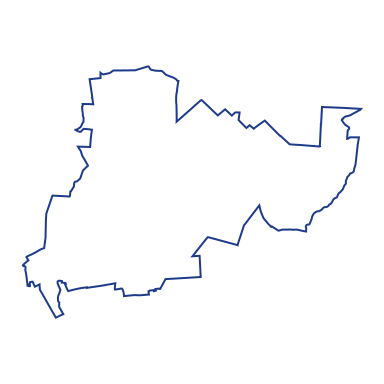 outline of Cobadin, Constanta, Romania
{"feature_id": "2599482B18886036836005", "entity_name": "Cobadin", "entity_type": "district", "adm_level": 2, "iso_a3": "ROU", "parent_name": "Romania", "parent_adm1": "Constanta", "projection": "natural_earth1", "projection_center": [28.207, 44.043], "detail": "fine", "context": "isolated", "style": "outline", "palette": "blue", "viewbox_px": 384, "rotation_deg": 0, "n_neighbors": 0, "source": "geoboundaries", "source_scale": "gbopen_adm2", "svg_char_len": 5719}
<svg xmlns="http://www.w3.org/2000/svg" viewBox="0 0 384 384"><path d="M161.6,70.9L157.7,70.8L155.6,70.7L151.7,69.9L150.9,69.6L150.3,69.1L149.3,67.5L148.9,66.7L148.7,66.5L148.4,66.4L148.0,66.4L135.5,70.2L135.0,70.3L127.8,70.4L113.8,70.5L113.3,70.6L112.6,71.0L110.1,72.8L109.5,73.1L104.0,74.3L103.4,74.4L102.6,74.2L101.2,73.4L100.5,72.8L100.5,78.1L89.6,79.2L92.2,96.5L92.1,97.3L91.9,97.6L91.9,97.8L92.2,98.0L92.4,98.4L92.6,99.7L92.6,100.6L92.9,102.4L93.0,103.3L93.2,104.3L89.4,104.1L82.6,104.0L82.7,105.9L82.3,106.3L82.1,106.7L82.4,111.0L82.6,112.0L83.0,116.2L83.6,117.9L83.7,118.4L83.5,119.5L83.4,122.0L83.1,122.2L82.1,124.0L80.9,126.7L80.4,127.1L79.9,127.6L77.1,129.4L76.6,129.6L75.8,129.8L75.4,129.8L75.4,130.0L78.7,131.5L80.0,131.9L80.3,131.9L80.7,131.8L82.8,129.6L83.2,129.2L83.5,129.0L83.7,128.9L84.1,128.8L84.6,128.9L90.0,129.4L90.8,129.6L91.9,129.7L90.8,138.2L90.8,138.3L90.1,147.0L78.0,146.6L78.8,148.1L80.7,150.9L80.9,151.4L81.7,154.1L82.4,156.0L84.5,159.5L85.4,161.2L87.8,165.2L87.8,166.1L87.6,166.2L87.2,166.4L86.2,167.3L84.3,169.2L83.2,170.2L82.9,170.8L81.6,174.4L80.5,177.7L80.2,178.5L78.0,180.5L77.1,181.3L76.6,181.5L75.5,181.6L75.0,181.8L74.7,182.2L74.4,182.8L74.2,183.1L73.8,186.8L72.2,189.2L72.1,189.6L71.4,190.5L71.3,190.8L71.2,191.1L70.8,191.4L70.4,191.4L70.0,195.7L69.8,196.3L69.6,196.5L69.3,196.5L53.1,195.6L52.7,195.6L52.4,195.8L49.5,204.3L46.3,213.6L45.9,220.5L45.5,238.1L45.3,239.6L44.3,246.9L44.2,248.1L41.3,249.1L39.3,250.1L36.1,252.1L32.8,253.8L31.5,254.5L29.6,255.2L27.0,256.6L26.4,257.1L28.4,260.4L28.0,260.6L25.0,263.2L24.2,263.9L23.3,264.8L23.0,265.2L23.1,265.3L23.4,265.4L23.5,266.1L24.5,266.0L25.5,267.0L25.5,268.7L25.3,269.4L25.3,270.0L25.4,270.6L26.1,273.9L26.2,274.5L26.6,277.2L26.7,278.0L26.9,280.5L27.2,282.3L27.5,285.3L28.2,284.9L28.4,285.9L28.5,286.1L29.9,286.2L30.0,286.1L29.8,284.7L29.8,284.1L29.8,283.1L30.1,282.1L32.6,281.7L34.9,286.7L39.5,284.4L39.5,284.7L39.9,289.8L42.3,293.8L44.6,297.9L49.0,305.7L55.8,317.6L63.3,314.1L61.6,311.2L59.4,307.4L59.1,306.6L59.3,302.6L59.1,302.3L58.3,301.5L58.2,301.4L58.0,300.7L57.9,297.4L58.5,295.1L59.1,293.8L60.4,290.0L58.8,286.3L57.8,283.9L57.6,283.2L57.5,282.1L57.6,281.7L57.8,281.3L58.1,281.1L58.5,280.8L59.8,280.7L61.9,281.1L61.8,282.6L62.6,282.5L63.3,282.8L63.9,282.9L64.9,282.9L65.5,283.0L65.8,284.2L65.2,284.5L65.6,285.6L67.3,289.5L67.8,290.5L68.3,291.1L73.5,289.7L79.8,288.3L87.3,287.2L87.6,287.4L87.4,287.8L101.7,285.7L115.3,283.3L114.8,288.2L114.9,289.5L115.0,289.6L115.3,289.6L118.7,289.0L121.5,288.5L121.9,288.6L122.4,289.2L123.0,290.4L123.4,291.9L123.8,293.7L124.0,296.1L128.9,295.6L134.1,295.1L140.3,295.3L145.7,294.8L147.3,294.7L148.9,294.6L148.5,291.6L148.8,291.6L149.0,291.0L149.7,290.6L153.6,290.1L153.9,291.2L155.8,290.7L155.5,289.0L156.5,288.9L157.6,288.9L157.9,288.7L158.9,288.6L159.2,288.8L159.3,288.7L160.2,288.9L165.5,279.1L179.4,278.3L200.7,277.0L199.6,255.8L192.5,256.3L193.0,255.7L193.4,255.2L193.9,254.5L204.4,241.2L207.6,237.3L208.0,237.2L208.6,237.3L228.3,242.6L237.4,245.1L237.6,245.2L237.7,244.5L239.8,238.1L243.9,225.6L244.2,224.9L245.4,223.7L246.8,221.8L252.7,214.0L259.3,205.4L260.7,211.2L263.1,217.3L264.1,218.9L266.6,221.8L268.2,223.8L271.2,226.9L271.8,226.4L273.0,227.2L278.5,230.7L282.4,229.6L284.1,229.6L287.7,229.6L288.1,229.5L290.0,229.5L294.3,229.8L294.8,229.6L295.7,229.6L296.9,229.6L297.5,229.7L301.3,230.6L303.9,231.2L306.1,231.5L306.2,228.1L306.1,227.8L305.8,227.0L305.8,226.7L305.8,226.4L305.9,225.9L306.3,225.4L306.9,224.8L307.4,224.6L308.5,224.6L309.2,224.4L309.6,224.0L311.7,218.8L312.0,217.1L312.5,215.8L313.3,214.5L313.7,213.7L313.9,213.5L314.1,213.2L315.0,212.6L315.4,212.3L316.3,211.7L317.5,211.3L318.2,211.3L319.3,211.0L319.6,210.9L320.2,210.6L320.6,210.4L321.7,209.6L323.3,207.8L324.0,207.4L324.5,207.2L325.8,207.1L327.3,206.7L327.6,206.5L328.6,205.6L329.3,204.6L329.9,204.3L330.7,203.8L331.2,203.3L332.1,201.9L333.3,199.5L333.7,199.1L335.2,198.0L336.5,197.6L336.9,197.3L337.1,196.9L337.5,195.7L338.5,193.7L338.9,193.2L339.3,192.8L340.4,192.0L340.9,191.5L341.6,190.6L342.5,189.7L342.7,189.4L343.3,188.2L343.6,187.3L344.4,185.4L345.7,184.0L345.9,183.5L345.9,183.1L345.8,181.5L345.9,181.0L346.0,180.6L347.1,178.0L347.3,177.1L349.2,175.1L349.6,174.5L350.0,173.9L350.1,173.5L350.8,173.3L352.0,172.9L352.3,172.7L352.9,172.3L353.3,171.8L353.7,171.5L353.8,171.2L354.3,168.2L354.5,167.6L354.9,166.7L355.6,163.9L356.4,156.7L357.8,144.0L358.3,141.4L358.9,137.3L350.5,137.3L350.0,137.3L349.7,137.4L348.6,138.4L348.2,138.6L347.1,138.8L347.7,130.6L347.8,130.2L348.7,129.4L349.0,129.1L349.2,128.7L349.2,127.7L349.0,127.4L348.8,127.1L345.1,124.7L344.7,124.3L341.8,120.2L342.0,119.4L342.3,119.1L342.9,118.8L342.8,118.5L343.5,118.0L344.7,117.0L345.0,116.8L345.5,116.5L347.4,116.1L349.8,115.4L350.6,115.2L351.0,114.9L351.2,114.7L360.0,109.9L360.3,109.8L360.7,109.3L361.0,108.9L360.9,108.9L343.9,107.9L327.2,107.2L325.9,107.2L322.0,107.0L321.1,123.8L320.8,124.1L320.9,124.4L319.9,144.9L319.9,146.1L320.0,146.3L319.5,146.5L305.4,145.4L305.2,145.4L300.2,145.0L292.0,144.5L289.8,144.3L289.2,144.0L288.9,143.6L280.4,135.8L279.9,135.8L264.8,120.6L257.4,125.8L255.1,127.6L254.3,128.2L253.8,128.7L249.6,125.2L246.4,128.0L239.5,121.0L238.7,120.2L238.6,119.9L239.6,112.5L236.5,112.4L235.4,112.5L234.9,112.7L231.9,115.6L225.1,109.3L217.8,115.4L214.6,112.4L207.7,105.8L201.8,100.2L201.5,100.1L201.1,100.2L200.5,100.6L196.6,104.0L194.0,106.3L191.8,108.3L176.6,121.7L176.7,119.3L176.6,112.0L176.5,106.4L176.5,105.4L176.2,102.7L176.1,100.2L176.2,95.9L176.6,92.8L176.8,92.5L176.8,92.3L177.0,91.0L177.2,88.7L177.7,85.2L178.2,82.2L178.4,81.0L177.7,81.0L177.4,80.9L176.4,79.5L176.2,79.3L173.6,77.7L170.9,76.7L166.4,75.0L165.9,74.7L162.4,71.4L161.9,71.1L161.6,70.9Z" fill="none" stroke="#1e3a8a" stroke-width="2"/></svg>